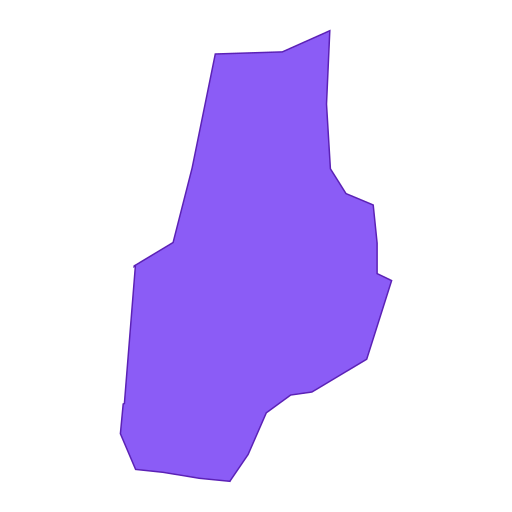 the district of Buk-gu [North Distrikt], Busan, South Korea
{"feature_id": "91817680B37722151409475", "entity_name": "Buk-gu [North Distrikt]", "entity_type": "district", "adm_level": 2, "iso_a3": "KOR", "parent_name": "South Korea", "parent_adm1": "Busan", "projection": "robinson", "projection_center": [129.021, 35.229], "detail": "fine", "context": "isolated", "style": "filled", "palette": "violet", "viewbox_px": 512, "rotation_deg": 0, "n_neighbors": 0, "source": "geoboundaries", "source_scale": "gbopen_adm2", "svg_char_len": 500}
<svg xmlns="http://www.w3.org/2000/svg" viewBox="0 0 512 512"><path d="M215.3,54.0L192.1,168.1L173.1,242.5L134.2,265.9L134.1,266.6L135.4,265.9L124.6,400.9L124.4,403.5L123.2,404.0L120.4,433.7L135.6,469.4L163.0,472.3L199.4,478.3L229.9,481.3L229.9,481.2L234.6,474.3L248.1,454.5L266.3,412.8L290.7,395.0L311.9,392.0L366.7,359.2L391.6,280.6L377.1,273.6L377.1,243.1L373.2,205.0L346.0,193.6L330.4,168.8L326.5,104.1L329.8,30.7L282.3,51.9L215.3,54.0Z" fill="#8b5cf6" stroke="#5b21b6" stroke-width="1.5"/></svg>